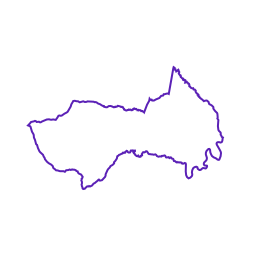 Guacarí, Valle del Cauca, Colombia, rotated 196°
{"feature_id": "7082276B91777379467178", "entity_name": "Guacarí", "entity_type": "district", "adm_level": 2, "iso_a3": "COL", "parent_name": "Colombia", "parent_adm1": "Valle del Cauca", "projection": "robinson", "projection_center": [-76.302, 3.779], "detail": "fine", "context": "isolated", "style": "outline", "palette": "violet", "viewbox_px": 256, "rotation_deg": 196, "n_neighbors": 0, "source": "geoboundaries", "source_scale": "gbopen_adm2", "svg_char_len": 5846}
<svg xmlns="http://www.w3.org/2000/svg" viewBox="0 0 256 256"><g transform="rotate(196 128 128)"><path d="M55.9,96.3L54.4,97.5L53.4,99.3L53.3,100.4L53.5,101.3L54.3,102.9L54.6,105.0L54.3,107.2L53.8,108.0L53.2,108.7L51.8,109.6L50.8,109.5L50.4,109.3L49.9,108.2L49.5,107.9L47.8,107.3L47.3,107.4L46.5,107.9L45.8,109.1L45.0,110.1L44.5,110.3L42.2,110.5L41.9,110.8L41.5,111.7L41.4,112.9L41.7,113.5L42.2,113.5L43.4,113.2L44.3,113.2L45.1,114.0L45.3,114.6L45.3,115.8L43.8,118.5L43.7,120.0L44.0,121.2L45.8,123.9L46.3,125.5L46.3,126.6L46.1,127.8L44.9,130.0L44.0,130.3L43.2,129.8L42.1,127.2L40.8,125.5L39.5,124.2L37.5,123.4L35.2,123.1L33.2,122.3L31.9,122.4L31.5,123.0L31.2,126.4L31.7,129.6L32.4,130.8L33.8,132.3L38.1,136.5L38.6,137.5L38.5,138.4L37.8,139.1L36.6,139.5L35.1,139.5L34.2,140.1L33.9,140.6L33.8,141.9L34.2,144.3L34.1,145.0L35.4,145.3L36.4,146.6L37.1,147.1L37.3,147.7L37.4,148.6L37.8,149.2L39.8,150.3L40.6,151.1L42.1,154.6L43.3,160.4L43.6,160.9L44.7,161.7L44.7,162.9L45.9,166.1L46.5,167.0L48.9,168.3L50.9,169.8L51.4,170.4L51.6,171.4L51.9,171.8L53.8,172.8L55.3,173.2L56.3,173.3L56.7,173.6L57.8,175.3L59.7,176.1L60.4,176.0L61.9,175.2L62.5,174.7L64.6,175.9L65.4,176.0L66.3,176.6L67.0,176.7L67.4,177.2L68.0,177.3L68.2,177.9L68.8,177.8L69.1,177.9L69.4,178.4L69.4,179.3L69.7,179.4L70.3,179.2L70.6,180.1L71.8,180.4L73.1,181.6L73.2,182.6L74.3,183.3L75.5,183.1L76.3,184.2L77.1,183.8L78.7,184.0L79.7,184.9L80.2,184.8L80.6,185.0L80.8,185.6L80.9,186.4L81.6,187.3L82.3,187.2L82.8,187.8L83.7,188.3L84.7,187.8L84.5,188.3L84.6,188.5L84.9,188.3L85.2,187.8L85.6,187.6L85.7,188.1L85.4,188.7L86.1,189.8L86.8,189.8L87.3,189.4L87.8,189.6L88.2,189.4L88.4,189.6L88.1,190.2L88.5,190.7L89.7,190.7L90.8,191.4L91.3,191.5L91.6,191.9L91.5,192.4L91.9,193.1L92.1,193.2L92.7,193.1L94.2,194.3L94.1,195.9L94.8,196.5L95.3,197.5L95.7,197.9L96.3,197.1L96.8,195.8L97.2,195.6L97.5,196.4L98.4,196.6L98.6,197.5L99.8,197.7L99.6,197.9L99.7,198.6L100.9,199.0L100.9,197.9L98.2,172.0L99.1,172.2L100.5,171.6L102.4,170.4L103.0,170.3L103.2,168.9L105.0,168.0L106.1,165.5L109.0,163.2L110.7,161.5L112.3,161.1L113.1,161.8L113.4,161.7L113.6,161.3L114.2,161.4L114.8,161.6L115.3,162.0L115.1,160.0L116.1,155.7L116.8,147.5L117.2,147.8L117.5,147.7L118.2,147.9L118.8,148.3L119.4,148.1L119.7,148.2L120.0,147.9L121.0,148.5L121.8,148.4L122.5,147.9L122.9,148.3L123.8,147.7L124.0,148.0L124.5,148.1L125.3,148.6L125.7,148.6L126.2,148.1L126.9,148.3L127.3,148.1L127.6,148.4L128.3,147.7L128.1,147.3L128.3,146.9L129.2,146.1L129.8,146.0L130.0,146.3L130.5,146.4L131.3,146.2L131.7,145.8L132.1,145.9L132.3,145.7L132.6,145.8L132.9,145.3L133.6,145.1L134.0,144.5L134.6,144.3L136.8,144.6L137.0,144.8L137.0,145.3L138.0,145.8L138.5,146.5L138.8,146.4L139.5,146.7L139.8,146.5L140.1,146.6L140.5,146.3L141.6,146.6L143.9,146.5L144.2,145.8L145.2,145.3L145.5,144.8L145.8,144.7L146.3,144.9L147.2,144.0L147.8,144.2L148.9,144.1L149.4,144.4L151.1,144.3L152.6,143.7L153.7,142.3L154.7,141.9L156.8,141.8L157.3,142.0L157.4,142.5L158.3,142.3L159.8,142.6L161.1,143.1L163.6,143.3L165.1,143.9L166.2,144.0L167.2,143.6L168.2,143.8L174.3,142.4L174.9,141.8L176.6,141.1L178.4,141.3L181.5,139.4L182.0,139.5L183.2,139.9L185.2,139.5L186.6,139.5L187.3,139.2L188.1,138.8L188.2,138.1L189.0,135.1L189.0,132.8L190.5,126.9L191.3,125.9L193.1,124.2L195.1,121.7L196.0,121.2L197.4,121.1L198.2,120.6L198.8,118.3L199.7,115.9L202.3,115.6L203.7,114.9L205.0,114.6L206.3,114.6L208.4,113.8L212.4,110.6L213.3,109.6L214.0,109.2L214.6,109.2L215.3,109.5L217.5,108.6L218.5,109.2L219.4,109.2L220.2,108.5L222.9,107.0L223.4,105.6L224.8,102.9L222.5,102.7L222.1,102.4L219.3,98.0L217.2,96.0L216.7,95.3L215.8,92.9L214.1,90.9L212.1,87.5L211.8,87.1L210.8,86.7L209.1,84.0L206.8,81.3L205.9,80.6L202.3,78.8L201.1,77.2L200.1,76.5L199.2,75.1L196.7,73.3L194.5,72.3L191.6,71.6L189.8,70.6L189.0,69.3L188.5,68.8L187.2,68.4L185.5,67.5L183.9,67.8L181.7,67.7L178.0,68.7L176.6,68.5L176.4,68.8L176.0,70.0L175.7,70.4L173.8,71.1L172.7,72.0L171.4,71.9L170.3,72.8L169.5,72.7L168.5,73.1L167.2,73.1L166.5,73.0L165.7,72.4L164.4,72.4L163.7,71.3L162.8,70.7L160.1,70.3L159.2,69.4L158.2,68.7L158.1,68.4L158.2,67.1L158.6,66.5L158.3,65.7L158.4,64.7L157.4,63.5L157.0,62.1L157.0,60.7L156.5,60.0L156.2,59.2L155.3,58.3L155.0,57.4L154.2,57.0L152.8,57.7L152.4,58.7L151.9,59.3L151.8,59.7L151.1,60.7L150.1,60.8L149.6,61.1L149.4,61.5L148.4,61.3L146.7,62.8L145.8,65.0L144.7,66.0L143.6,67.7L143.3,68.0L142.0,70.3L141.6,70.4L141.0,69.7L140.4,69.7L138.6,70.7L136.6,74.6L136.4,76.0L136.7,77.1L136.7,77.8L136.1,81.9L135.6,83.4L134.7,84.9L134.3,86.6L132.7,88.2L131.7,89.9L131.6,90.2L132.0,91.1L131.7,91.9L131.2,92.7L130.4,95.2L130.3,95.9L130.5,97.5L130.4,98.1L129.7,98.6L129.2,99.7L128.4,100.2L126.8,101.7L126.3,101.9L126.1,102.9L125.7,103.0L125.3,102.9L124.7,103.5L124.2,103.3L123.9,103.5L123.8,104.5L123.0,105.7L122.3,105.6L121.5,104.8L120.5,104.6L119.9,104.8L119.3,105.1L119.2,105.5L119.1,107.1L118.8,107.3L117.9,107.2L117.3,107.8L116.3,107.8L116.3,107.6L116.0,107.9L115.1,108.2L114.9,107.5L115.7,106.0L115.6,105.6L115.3,105.3L113.8,104.6L113.7,104.2L112.0,103.4L111.1,103.5L110.7,104.2L110.1,103.5L109.1,103.4L108.3,103.7L108.0,104.0L108.3,104.4L108.3,104.6L106.9,105.6L107.1,106.2L107.5,106.8L106.9,108.8L106.6,109.0L105.7,109.0L105.0,109.5L104.4,110.5L103.6,110.8L103.0,110.5L101.2,108.9L100.5,108.7L99.4,109.0L98.5,109.0L97.6,109.3L95.9,109.4L94.4,110.2L93.5,109.9L92.4,109.0L90.8,108.8L89.4,109.6L88.2,109.7L87.9,109.9L87.8,110.5L86.6,110.9L85.4,111.7L84.6,111.6L83.5,110.4L83.1,110.2L82.5,110.4L80.9,111.2L80.5,111.0L80.2,110.6L79.8,110.5L79.0,111.5L78.4,111.5L77.6,110.7L76.3,110.8L75.9,110.6L75.6,110.3L75.1,109.3L74.7,108.9L73.4,109.1L72.4,108.5L71.9,108.3L71.7,108.4L71.4,108.8L71.0,108.6L70.0,109.0L69.3,108.9L68.8,109.3L67.5,109.5L66.8,109.4L66.6,108.8L65.3,108.8L64.3,109.5L63.9,110.0L63.4,110.0L62.8,109.9L62.3,109.0L60.5,102.1L59.1,98.7L57.7,97.1L55.9,96.3Z" fill="none" stroke="#5b21b6" stroke-width="2"/></g></svg>